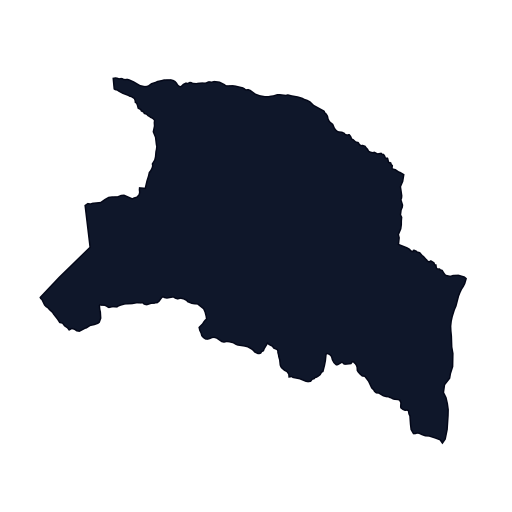 the district of La Caldera, Salta, Argentina, rotated 185°
{"feature_id": "61730980B48775712926369", "entity_name": "La Caldera", "entity_type": "district", "adm_level": 2, "iso_a3": "ARG", "parent_name": "Argentina", "parent_adm1": "Salta", "projection": "natural_earth1", "projection_center": [-65.462, -24.55], "detail": "fine", "context": "isolated", "style": "filled", "palette": "ink", "viewbox_px": 512, "rotation_deg": 185, "n_neighbors": 0, "source": "geoboundaries", "source_scale": "gbopen_adm2", "svg_char_len": 6072}
<svg xmlns="http://www.w3.org/2000/svg" viewBox="0 0 512 512"><g transform="rotate(185 256 256)"><path d="M301.2,170.2L299.0,169.0L297.0,169.0L294.9,169.8L292.7,171.0L290.7,171.4L288.0,170.9L282.6,167.8L280.4,167.5L277.9,168.3L275.2,168.3L271.1,167.7L268.2,166.3L266.5,165.8L259.8,165.4L256.4,164.9L252.2,163.0L250.4,161.8L248.9,160.3L245.8,159.1L244.4,159.1L242.9,159.7L242.1,161.3L240.4,162.3L239.8,164.4L236.9,170.3L235.2,169.0L231.8,167.6L230.2,165.8L226.7,164.7L225.9,163.3L225.7,161.6L224.9,159.5L224.5,157.7L223.3,154.6L222.3,149.5L221.5,147.9L220.7,146.9L217.7,144.7L215.0,143.6L213.0,141.2L212.5,138.4L209.8,139.1L208.6,138.3L201.8,137.6L195.4,135.6L193.2,135.4L190.7,136.0L189.3,138.2L187.4,138.9L186.5,140.2L185.2,140.6L183.8,141.6L181.8,143.4L180.6,146.0L179.3,146.8L178.3,152.9L177.8,157.7L177.7,164.2L176.9,165.0L175.7,165.0L173.8,164.2L172.3,162.9L171.7,161.8L170.8,159.3L169.0,156.6L166.8,154.8L166.0,154.6L164.7,155.2L161.5,157.5L160.5,157.5L158.8,156.1L157.3,156.1L152.1,157.1L150.8,159.1L149.4,159.1L149.0,158.4L147.6,157.4L146.2,155.6L145.5,153.8L145.1,150.9L144.1,149.5L142.0,147.5L139.7,145.8L137.1,145.7L132.9,141.1L129.2,134.7L127.0,132.9L126.1,131.5L124.2,130.2L121.7,130.2L117.0,127.9L113.8,127.3L112.0,127.4L110.1,126.7L109.2,126.6L106.9,125.6L105.5,125.4L102.3,125.4L100.4,125.1L98.8,122.5L98.7,118.6L98.4,117.4L96.2,116.0L94.0,115.3L92.2,115.7L90.9,115.3L90.6,115.0L89.8,112.0L88.7,110.1L87.4,101.9L86.3,96.6L83.6,92.8L81.9,93.0L80.2,93.7L78.1,93.7L75.1,92.6L71.7,91.7L67.8,91.8L61.6,90.4L56.6,89.0L54.0,85.9L51.6,90.1L50.5,99.8L50.8,113.6L51.2,119.7L52.5,125.5L54.4,131.4L57.4,136.3L57.0,144.2L52.5,151.1L52.1,155.8L50.5,163.0L51.4,176.0L53.1,182.4L54.4,193.1L55.4,198.5L56.0,203.1L55.9,208.2L55.3,212.8L53.8,219.7L52.5,223.6L50.8,233.8L49.7,237.5L48.4,241.0L46.9,243.8L45.7,246.8L44.7,251.8L46.7,253.2L52.7,254.4L58.0,253.7L60.3,252.7L61.6,252.7L65.2,253.2L65.7,253.4L67.3,255.1L69.3,257.8L71.5,258.3L71.8,258.8L72.1,259.0L74.1,258.8L74.6,259.2L75.2,259.7L75.5,260.4L76.0,262.7L77.1,262.7L77.4,263.0L78.2,264.7L81.1,266.2L81.5,266.3L82.7,265.4L83.4,265.3L84.9,265.9L85.6,266.9L86.6,267.6L89.2,270.1L90.4,270.7L93.2,273.5L94.6,273.8L95.5,273.7L95.9,273.9L96.5,274.6L99.1,275.5L99.6,275.3L99.6,274.5L99.9,274.1L101.5,274.3L102.3,274.7L103.8,276.1L106.4,277.3L115.1,279.9L115.0,286.6L116.1,289.8L114.2,295.7L114.0,299.9L114.3,303.7L114.3,307.2L115.7,309.6L115.5,314.6L114.6,317.3L114.5,319.5L116.6,324.6L116.1,326.5L116.1,328.7L118.2,337.7L116.4,343.2L115.9,349.9L119.6,351.7L121.4,352.2L124.7,354.1L127.9,354.6L128.2,355.6L128.1,357.9L129.4,359.0L129.8,360.3L130.6,360.7L131.8,360.6L132.1,360.8L133.4,364.6L133.7,364.9L134.1,364.9L134.7,364.5L135.3,364.6L135.9,365.2L136.5,366.6L137.2,367.6L138.1,368.3L139.0,368.2L139.5,368.3L140.1,369.1L140.6,369.1L143.5,368.3L144.1,368.3L146.9,369.5L147.4,369.6L147.8,369.0L148.3,369.0L150.8,369.3L152.6,369.9L153.3,370.5L154.2,372.0L155.7,373.3L157.0,374.8L159.6,375.4L160.0,375.1L160.6,375.1L162.0,375.5L163.1,376.4L163.4,377.0L164.2,377.9L166.7,378.2L169.4,380.3L170.9,380.8L172.2,383.3L173.7,384.9L174.2,384.9L175.4,384.4L177.2,384.6L178.0,384.9L178.7,385.8L180.3,386.4L181.1,386.7L184.5,386.8L185.4,387.0L186.6,387.6L187.9,388.7L189.2,390.2L191.1,393.8L194.1,395.8L195.0,396.8L196.2,398.7L196.9,401.1L197.5,402.2L199.1,404.1L200.0,404.4L200.7,406.0L201.3,406.4L211.8,411.0L215.7,414.2L218.8,415.5L221.5,416.1L223.8,417.1L228.2,418.0L234.8,418.6L238.3,419.2L240.3,418.5L246.4,418.7L248.8,418.5L252.4,417.0L255.5,416.3L257.5,415.7L260.9,415.4L266.3,415.9L270.8,417.1L276.2,420.4L278.3,421.0L279.9,420.6L281.0,420.6L282.1,421.5L283.9,422.3L291.5,423.4L294.1,423.5L300.2,422.8L301.3,423.1L302.4,423.9L307.4,425.9L308.9,426.0L312.8,426.1L315.7,425.1L317.1,425.4L318.6,425.2L320.8,423.9L322.5,423.6L324.5,423.6L328.8,422.9L330.4,422.4L334.2,422.4L335.6,423.0L336.9,423.1L339.0,421.9L339.6,421.8L340.8,422.1L343.3,420.6L345.1,418.5L346.0,418.0L347.1,418.2L348.4,418.9L349.4,419.9L350.2,421.1L351.9,422.7L353.6,423.5L356.2,424.0L362.9,423.3L365.0,422.5L369.4,421.2L371.0,420.2L375.1,418.5L377.9,416.0L380.0,415.2L382.1,415.0L386.5,415.6L393.0,418.7L397.9,420.4L399.8,420.7L401.3,420.3L403.3,420.3L404.6,420.9L405.8,421.0L407.2,420.6L408.1,420.5L409.5,420.9L411.4,421.1L413.7,420.5L411.8,410.1L410.6,409.5L409.4,409.4L408.2,409.1L407.4,408.5L402.8,406.5L397.1,404.9L395.7,404.2L394.1,404.0L390.8,402.3L389.8,400.1L389.6,398.6L388.3,397.9L387.3,396.1L386.2,393.0L383.6,391.9L382.8,390.5L381.5,390.1L380.1,389.3L379.7,388.3L377.3,387.8L375.7,386.4L374.3,385.8L372.9,384.9L371.4,384.4L370.2,383.7L368.8,382.4L368.9,380.0L368.4,376.6L369.1,370.8L366.4,365.6L364.9,358.4L364.3,356.4L364.4,353.6L364.7,351.3L364.7,346.0L365.2,342.7L367.2,338.7L366.7,336.7L367.2,334.3L368.3,331.7L369.5,329.9L370.0,326.2L371.1,321.3L372.2,313.7L377.9,313.7L377.9,311.9L377.4,309.3L377.7,306.9L379.7,304.2L382.6,303.1L384.2,302.1L392.8,305.0L395.6,304.5L398.9,302.8L404.6,302.2L407.8,301.5L411.3,299.1L415.3,295.7L423.4,294.2L425.4,293.3L428.1,293.5L430.6,291.4L422.0,250.2L450.1,217.6L467.3,195.9L466.7,194.9L465.4,194.0L462.3,188.8L460.6,187.3L458.8,186.4L457.0,184.6L453.7,182.1L452.5,180.5L448.0,175.7L445.7,172.7L442.8,172.3L440.6,169.8L437.4,168.0L435.7,166.1L433.5,167.6L431.8,167.6L429.9,167.0L428.1,165.9L425.4,165.7L420.0,169.2L418.8,169.6L415.2,172.4L411.2,173.6L407.7,175.2L406.4,176.4L405.3,180.5L406.2,186.6L407.0,189.1L407.5,191.8L407.6,193.1L407.1,193.9L405.8,193.6L402.6,193.8L400.7,193.2L398.5,192.0L397.8,192.0L395.8,192.7L394.1,193.1L390.1,193.2L388.9,194.2L386.7,195.3L382.4,196.9L375.4,197.8L370.7,199.1L366.5,199.3L364.9,199.7L363.6,198.6L362.4,198.2L360.6,198.0L356.3,199.8L353.1,200.2L352.1,200.7L350.4,200.9L348.7,202.5L346.6,206.0L345.2,207.5L343.8,206.7L341.1,206.4L334.8,208.1L332.6,207.0L330.3,206.5L327.8,207.4L327.0,207.4L324.2,207.0L321.1,205.7L320.1,204.6L315.8,203.3L313.2,203.1L310.0,203.2L303.5,198.9L301.8,195.8L300.3,191.5L299.7,188.7L300.8,187.8L302.1,185.9L303.2,183.7L306.4,179.9L305.5,177.1L304.0,174.6L303.0,171.9L301.2,170.2Z" fill="#0f172a" stroke="#020617" stroke-width="1.5"/></g></svg>